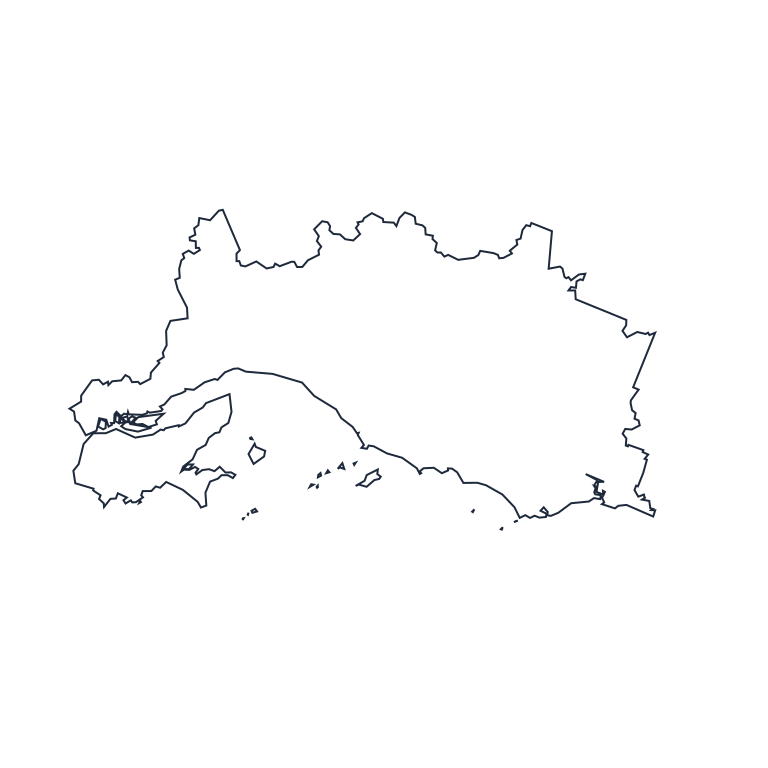 Cassowary Coast, Queensland, Australia (Mercator projection), rotated 106°
{"feature_id": "25037944B15390433377666", "entity_name": "Cassowary Coast", "entity_type": "district", "adm_level": 2, "iso_a3": "AUS", "parent_name": "Australia", "parent_adm1": "Queensland", "projection": "mercator", "projection_center": [145.98, -17.968], "detail": "fine", "context": "isolated", "style": "outline", "palette": "slate", "viewbox_px": 768, "rotation_deg": 106, "n_neighbors": 0, "source": "geoboundaries", "source_scale": "gbopen_adm2", "svg_char_len": 6186}
<svg xmlns="http://www.w3.org/2000/svg" viewBox="0 0 768 768"><g transform="rotate(106 384 384)"><path d="M319.2,137.7L318.5,143.6L260.0,137.5L263.8,142.3L261.9,144.3L263.8,146.2L264.2,154.9L272.1,163.3L267.2,169.4L260.8,167.4L255.6,168.7L249.7,223.1L241.4,226.0L243.2,232.4L239.2,230.9L238.6,226.0L232.3,227.2L229.3,224.1L229.4,221.5L222.5,220.9L225.0,226.8L232.8,232.8L230.4,236.1L232.1,237.9L231.3,240.0L223.8,244.3L222.6,247.2L227.8,257.5L190.8,264.7L188.6,286.7L192.1,287.1L192.1,291.0L197.8,293.3L206.6,292.8L209.1,296.4L213.2,294.3L221.2,299.8L223.3,297.0L229.8,303.9L231.4,307.9L228.5,310.1L228.0,314.8L229.5,328.2L234.1,328.9L237.9,332.3L244.2,346.9L242.2,357.9L244.9,361.1L241.9,365.6L242.9,368.8L241.5,371.7L233.9,372.1L231.3,377.3L228.0,377.9L228.7,385.2L222.6,387.4L220.9,390.8L221.2,397.7L214.9,400.4L213.8,404.3L213.3,411.2L220.1,414.9L228.8,415.6L226.2,419.1L228.5,429.3L225.5,430.6L223.1,442.8L230.1,448.9L233.5,449.4L235.9,454.0L237.6,452.4L241.7,454.0L246.5,448.3L254.5,453.1L255.5,461.2L252.3,467.6L253.7,474.0L251.2,478.9L247.2,479.3L244.1,482.7L244.6,488.3L254.6,493.8L259.8,487.4L265.1,487.9L269.3,482.2L273.7,483.8L277.6,482.1L286.0,491.2L294.0,494.8L295.5,499.8L291.3,503.9L291.9,506.5L299.5,516.7L298.3,521.8L302.0,522.5L305.3,528.7L301.4,540.5L309.2,549.7L309.5,554.3L305.8,557.0L306.5,559.6L299.4,561.7L295.0,559.4L261.0,587.0L262.9,590.5L274.5,596.3L275.4,607.3L282.5,606.2L286.7,609.4L292.5,606.5L296.7,611.3L299.4,610.2L298.7,604.3L305.1,602.3L304.1,599.5L306.0,597.9L311.3,602.7L309.6,608.5L314.4,613.3L318.0,610.7L321.0,612.9L329.9,612.6L338.2,609.6L341.3,613.5L350.0,608.3L364.9,594.4L375.0,590.9L382.2,606.7L393.0,608.1L406.7,603.6L414.8,605.3L418.8,603.1L424.3,607.9L425.6,605.7L437.3,611.2L443.4,610.0L451.3,618.3L449.7,621.0L451.7,626.7L447.7,630.6L446.7,635.0L453.0,637.6L456.3,646.0L461.0,648.6L457.9,650.0L461.8,653.9L458.5,659.3L461.0,665.6L478.7,671.9L484.4,670.3L494.4,679.5L496.0,674.3L504.1,670.7L505.8,666.3L515.5,656.5L508.2,647.5L495.4,648.3L494.9,641.1L500.9,637.0L498.2,634.3L496.7,635.6L496.0,632.7L487.4,634.7L484.5,633.4L487.5,627.9L484.2,625.7L484.0,622.2L481.4,622.4L483.5,620.9L480.3,608.0L477.6,603.8L475.6,603.8L476.1,601.2L471.4,590.8L469.4,589.9L467.4,593.2L464.2,589.5L454.8,585.1L448.5,576.0L445.5,573.0L443.5,573.6L442.0,565.2L431.8,556.9L425.8,548.0L426.0,545.2L416.6,540.1L410.8,532.7L409.2,528.4L410.2,520.2L405.0,494.0L405.2,463.2L414.7,447.8L421.6,423.0L428.6,415.7L433.9,402.3L438.7,396.5L437.9,394.9L440.2,395.2L448.1,386.5L451.6,388.1L451.0,382.6L447.4,381.8L446.7,376.7L449.9,362.0L449.9,346.2L456.0,329.1L460.6,324.8L459.5,323.7L458.2,325.6L454.1,322.8L450.8,313.0L453.8,303.8L449.5,298.6L447.5,299.3L446.6,295.3L448.7,289.3L457.2,280.4L453.2,267.0L453.2,258.0L457.6,239.7L466.5,224.6L475.3,216.6L471.1,212.0L472.5,206.7L469.1,202.9L469.6,197.7L467.2,191.7L463.9,192.0L462.7,198.6L458.5,196.5L461.9,191.3L465.2,191.0L464.8,187.3L459.8,181.0L447.0,171.2L440.5,154.7L435.8,150.7L435.1,144.5L431.1,144.9L431.8,150.6L430.3,152.0L425.8,151.9L424.1,154.0L423.2,154.0L417.7,152.3L415.0,165.3L417.4,145.5L419.1,151.1L429.2,150.0L429.8,142.8L426.3,144.1L426.8,141.9L433.4,143.0L437.1,139.7L439.4,141.4L439.9,127.7L436.5,125.2L433.4,117.6L437.2,88.7L430.6,88.5L431.5,92.2L430.0,91.1L430.1,93.7L423.3,96.8L424.0,104.1L421.4,101.8L419.0,104.0L418.0,102.9L422.2,108.5L416.9,114.0L412.2,113.6L412.4,111.7L398.0,110.3L384.3,110.4L384.1,112.8L379.0,110.6L378.1,116.6L376.1,116.4L375.1,132.3L376.7,132.4L376.5,134.6L369.6,136.0L366.0,140.9L360.7,139.7L359.5,133.4L353.3,126.8L348.9,129.2L348.3,133.6L342.6,134.1L340.8,138.3L334.6,141.6L331.7,142.2L319.2,137.7ZM524.1,554.8L518.7,554.2L509.2,547.2L498.8,545.6L491.7,538.6L484.2,537.6L477.8,532.9L475.8,528.9L470.5,528.3L464.4,522.9L452.8,522.9L436.3,529.7L451.4,549.8L456.6,551.8L463.8,558.7L476.6,564.0L481.4,569.5L480.2,570.0L486.9,582.0L489.1,582.9L489.4,586.2L496.3,592.1L504.1,608.4L501.1,629.2L507.9,637.7L511.5,649.9L524.5,656.2L545.2,655.4L553.0,658.7L564.5,653.4L564.7,634.3L566.5,634.2L569.1,625.8L573.1,626.2L575.9,620.5L579.4,619.2L569.8,615.3L568.0,610.2L562.4,609.7L564.0,599.9L567.5,602.4L570.1,599.5L565.6,595.3L567.2,593.4L566.0,589.9L559.4,584.4L557.9,586.7L553.4,586.4L551.0,578.1L545.4,575.2L545.4,570.6L538.2,566.4L541.2,548.2L548.6,530.7L553.2,525.9L549.8,521.3L537.7,525.7L525.8,524.3L520.7,517.5L516.4,515.0L514.7,509.0L516.1,503.3L512.3,501.8L511.1,506.7L512.8,512.0L508.8,519.1L514.5,522.9L514.1,528.7L516.8,534.9L522.6,539.5L521.2,540.7L516.9,539.1L515.8,542.7L520.2,547.5L521.5,552.8L524.1,554.8ZM490.3,598.6L485.4,591.2L482.4,593.3L473.3,587.6L483.6,611.1L490.1,614.7L491.0,610.6L489.0,605.1L490.3,598.6ZM477.0,491.9L488.7,494.9L496.8,487.3L486.7,479.3L481.0,479.8L479.8,489.9L477.0,491.9ZM482.4,376.0L489.8,383.2L487.6,380.5L487.6,372.4L479.0,366.8L476.5,362.4L474.0,361.6L472.4,365.6L467.9,366.4L476.3,375.5L482.4,376.0ZM492.4,617.0L490.7,618.7L492.2,621.9L497.0,625.0L498.6,620.2L497.6,607.4L490.1,595.5L492.4,617.0ZM505.0,641.4L503.1,639.5L497.0,640.9L495.6,646.7L503.7,647.2L505.0,641.4ZM491.9,616.7L484.9,613.5L484.5,617.2L487.8,620.1L491.9,616.7ZM493.7,632.2L494.8,628.0L489.1,629.1L486.1,633.4L493.7,632.2ZM514.0,545.4L515.5,550.7L521.1,553.4L519.5,547.9L514.0,545.4ZM488.9,626.6L491.2,622.1L490.1,619.4L486.0,621.9L488.9,626.6ZM471.5,402.2L478.2,405.1L476.3,403.2L476.6,398.8L471.5,402.2ZM490.0,628.3L494.2,627.0L492.9,623.9L490.7,624.3L490.0,628.3ZM539.5,473.5L542.4,476.4L544.1,475.1L541.5,470.9L539.5,473.5ZM487.1,420.5L489.4,422.1L491.9,421.8L489.4,419.2L487.1,420.5ZM500.4,426.3L503.4,427.0L500.2,424.0L500.4,426.3ZM482.5,414.2L485.7,415.0L483.9,412.2L482.5,414.2ZM479.6,262.6L482.4,264.1L482.7,263.3L479.6,262.6ZM467.4,389.5L468.8,391.3L470.0,390.3L467.4,389.5ZM489.0,230.4L491.4,231.7L491.5,230.6L489.0,230.4ZM473.4,495.2L471.9,496.8L472.9,497.9L473.7,497.3L473.4,495.2ZM563.6,586.1L565.9,586.5L564.5,585.1L563.6,586.1ZM552.1,482.7L553.7,482.3L551.6,481.8L552.1,482.7ZM499.9,419.7L501.5,420.4L502.2,419.7L501.3,419.1L499.9,419.7ZM479.2,219.2L481.0,221.0L478.5,217.7L479.2,219.2ZM547.3,478.7L545.0,478.7L547.2,479.0L547.3,478.7ZM424.1,152.4L424.1,153.5L424.8,152.4L424.1,152.4Z" fill="none" stroke="#1e293b" stroke-width="2"/></g></svg>